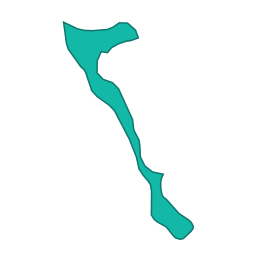 Cat Island, Albers equal-area conic projection, rotated 187°
{"feature_id": "BHS-5030", "entity_name": "Cat Island", "entity_type": "District", "adm_level": 1, "iso_a3": "BHS", "parent_name": "The Bahamas", "parent_adm1": "", "projection": "albers", "projection_center": [-75.539, 24.414], "detail": "fine", "context": "isolated", "style": "filled", "palette": "teal", "viewbox_px": 256, "rotation_deg": 187, "n_neighbors": 0, "source": "natural_earth", "source_scale": "10m", "svg_char_len": 921}
<svg xmlns="http://www.w3.org/2000/svg" viewBox="0 0 256 256"><g transform="rotate(187 128 128)"><path d="M196.8,198.9L199.3,204.2L204.8,225.1L189.9,220.2L183.1,219.6L175.3,220.2L160.4,223.3L155.2,226.2L149.5,231.3L141.3,232.1L132.5,226.1L128.7,218.7L135.9,215.1L140.7,213.8L147.7,210.4L154.2,205.7L157.5,200.3L163.9,200.5L166.8,190.7L165.4,178.9L158.5,173.2L148.9,171.1L142.1,165.7L124.5,136.9L122.0,126.7L115.6,117.3L114.2,112.4L112.2,100.9L106.6,92.3L98.1,87.3L87.3,86.4L88.6,82.6L88.9,78.3L88.4,73.7L87.3,69.4L85.6,65.0L83.9,63.3L81.6,62.2L67.1,49.4L56.6,44.1L53.7,42.0L51.5,38.9L51.2,36.2L52.7,33.3L59.5,25.1L62.3,23.9L67.2,24.6L69.4,26.2L78.2,34.6L86.7,38.0L90.6,40.2L94.2,44.5L96.8,67.5L98.7,74.3L101.9,78.1L107.2,83.0L112.1,88.7L116.0,100.0L125.1,116.8L143.6,143.6L149.5,148.4L162.4,155.4L168.5,160.6L176.7,177.8L178.7,180.5L182.3,183.0L196.8,198.9Z" fill="#14b8a6" stroke="#0f766e" stroke-width="1.5"/></g></svg>